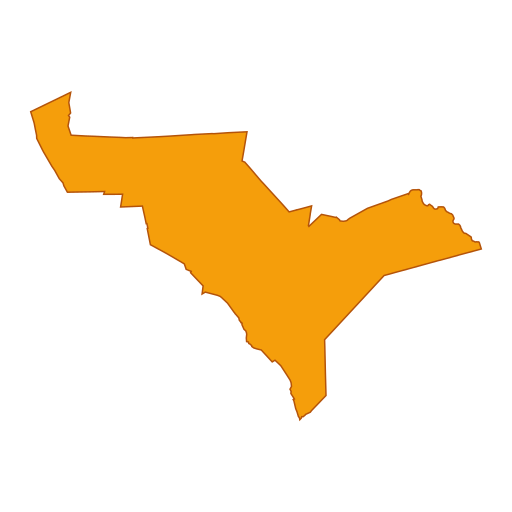 the district of Progreso, Coahuila, Mexico
{"feature_id": "50627088B48984419836516", "entity_name": "Progreso", "entity_type": "district", "adm_level": 2, "iso_a3": "MEX", "parent_name": "Mexico", "parent_adm1": "Coahuila", "projection": "natural_earth1", "projection_center": [-100.831, 27.377], "detail": "fine", "context": "isolated", "style": "filled", "palette": "amber", "viewbox_px": 512, "rotation_deg": 0, "n_neighbors": 0, "source": "geoboundaries", "source_scale": "gbopen_adm2", "svg_char_len": 4219}
<svg xmlns="http://www.w3.org/2000/svg" viewBox="0 0 512 512"><path d="M247.0,131.8L228.5,132.7L213.9,133.7L211.9,133.6L193.9,134.5L192.9,134.6L191.5,134.7L190.3,134.8L188.4,134.9L168.1,136.2L164.4,136.4L159.2,136.7L148.9,137.2L138.2,137.7L136.3,137.8L134.4,137.9L133.0,138.0L132.7,138.0L132.7,137.5L125.6,137.7L120.4,137.4L109.5,137.0L94.1,136.3L85.6,136.0L71.1,135.2L68.0,126.0L69.7,117.2L68.5,115.5L70.6,113.0L68.8,102.6L70.7,92.3L46.2,104.2L30.7,111.7L34.0,122.5L34.2,123.3L35.4,129.5L36.6,135.3L36.7,138.4L42.2,149.4L43.5,151.9L48.1,159.8L51.6,165.8L51.7,166.0L54.7,170.4L59.3,178.7L59.5,178.9L63.0,182.9L63.9,185.9L67.4,192.2L91.7,191.8L104.6,191.5L103.7,194.3L113.4,194.3L122.6,194.2L121.8,199.2L121.8,199.4L120.6,207.0L142.2,206.1L142.4,206.1L145.0,217.9L146.2,223.7L146.9,223.6L147.9,228.3L147.2,228.5L150.4,244.7L167.1,253.8L177.9,260.1L178.1,260.2L184.2,263.8L184.3,263.9L184.8,265.3L186.2,269.4L191.2,271.4L190.6,272.7L195.6,278.0L203.1,285.9L202.1,294.0L205.3,292.1L217.4,295.3L220.2,296.4L221.4,297.4L227.5,303.1L234.1,312.3L234.7,312.9L234.8,313.2L234.9,313.3L235.2,313.8L235.7,314.3L238.8,317.9L239.3,320.2L240.4,321.6L240.5,321.6L241.0,322.7L241.6,322.6L242.1,323.4L241.9,324.0L242.1,325.0L244.0,329.3L245.8,330.9L246.5,332.9L246.7,334.4L246.3,338.0L246.6,341.6L248.4,342.0L248.8,343.5L250.2,344.2L251.7,345.7L251.8,346.5L253.7,347.9L256.8,348.9L261.3,350.0L263.3,352.2L272.2,361.9L275.0,360.2L280.8,365.7L286.8,374.9L290.1,380.1L291.1,382.7L291.5,386.4L290.0,389.2L291.1,391.4L290.9,393.5L294.4,399.0L293.2,399.5L293.9,400.9L295.7,408.6L297.0,411.8L298.4,416.5L299.4,417.8L299.8,419.7L301.3,418.1L301.8,416.6L303.2,416.7L305.2,415.0L305.6,414.4L310.3,412.2L311.5,410.6L326.0,395.5L325.4,373.1L324.8,346.3L324.6,339.7L327.0,337.1L336.1,327.3L376.1,284.1L380.3,279.6L384.1,275.5L389.7,274.0L395.7,272.3L396.1,272.2L406.8,269.3L439.1,260.4L439.8,260.3L458.0,255.3L458.2,255.2L481.3,249.0L479.4,242.8L479.1,242.2L478.6,241.9L477.7,241.9L476.3,241.8L475.2,242.0L473.7,241.2L473.2,241.0L472.5,240.9L472.1,240.6L471.9,239.9L471.6,239.4L471.5,239.2L471.4,238.7L471.3,237.6L470.9,236.7L469.8,236.1L468.7,235.3L467.9,234.8L466.7,234.0L466.2,233.6L465.7,233.4L465.1,233.3L464.6,233.3L464.0,233.0L463.4,232.4L462.8,231.7L462.1,230.7L461.5,229.1L461.0,228.4L460.7,227.6L460.6,226.9L460.4,226.3L460.2,226.0L460.0,225.5L459.6,225.0L458.7,224.2L458.3,224.0L457.9,224.1L457.4,224.1L457.0,224.0L456.1,224.1L455.4,224.1L454.3,223.6L453.9,223.4L453.5,223.0L453.3,222.7L453.1,222.2L452.9,221.0L453.1,220.5L453.3,220.1L453.8,219.3L454.0,218.7L454.0,218.2L453.8,217.5L453.4,216.7L453.0,215.8L452.9,215.4L452.5,214.8L451.3,213.7L450.2,213.5L449.0,212.9L448.3,212.4L447.6,212.1L446.9,211.8L446.5,211.3L445.8,210.7L445.5,210.4L445.4,210.0L445.0,209.0L444.8,208.4L444.4,207.9L443.7,207.1L443.2,206.9L442.6,206.9L440.9,206.8L440.0,206.9L438.8,206.9L438.2,207.0L438.0,207.8L437.8,208.2L437.4,208.7L436.4,209.0L435.5,209.1L434.7,209.0L434.2,208.7L433.8,208.3L433.4,207.9L433.1,207.3L432.8,206.9L432.3,206.3L431.6,205.7L430.4,205.0L429.7,204.3L429.4,204.3L429.2,204.4L428.9,204.6L428.6,204.7L428.3,205.0L428.2,205.4L427.7,205.8L427.0,205.8L425.6,205.3L424.3,204.5L423.4,203.5L422.2,201.3L421.9,199.4L421.7,198.9L421.3,197.5L420.9,196.2L421.2,195.6L421.4,195.0L421.5,194.6L421.6,193.1L421.5,192.2L421.2,191.2L421.0,190.9L420.9,190.8L420.9,190.7L420.7,190.6L420.2,190.5L419.7,190.2L419.3,189.7L419.0,189.7L418.8,189.7L418.6,189.7L418.4,189.6L418.1,189.6L417.9,189.6L417.7,189.7L417.1,189.8L413.2,189.8L412.1,190.0L411.1,190.5L410.7,190.8L410.2,191.3L409.1,193.0L408.6,194.3L407.9,193.7L391.4,199.4L388.2,200.9L367.5,208.3L349.8,218.2L347.9,219.6L347.3,220.3L345.9,220.9L343.3,221.3L339.8,220.9L339.8,221.1L339.6,219.9L339.2,219.6L338.6,219.0L337.8,218.4L337.0,217.7L336.2,217.1L335.8,217.4L335.5,217.4L331.6,216.5L321.5,214.4L313.4,222.1L308.9,226.4L308.4,225.7L308.8,223.4L310.2,214.6L310.2,214.2L311.6,205.9L305.8,207.5L299.8,209.1L296.7,209.9L296.4,210.0L296.4,209.9L294.8,210.4L289.9,211.7L289.1,211.9L283.3,205.3L278.2,199.7L277.9,199.4L263.4,183.5L261.3,181.3L258.2,177.7L249.8,167.8L245.0,162.4L244.9,162.2L242.1,161.0L242.1,160.8L242.1,160.6L243.7,151.4L247.0,131.8Z" fill="#f59e0b" stroke="#b45309" stroke-width="1.5"/></svg>